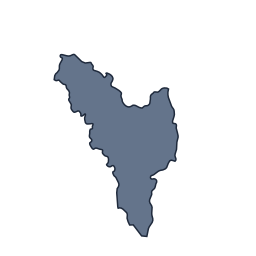 map outline of Timis (Natural Earth projection), rotated 234°
{"feature_id": "ROU-280", "entity_name": "Timis", "entity_type": "County", "adm_level": 1, "iso_a3": "ROU", "parent_name": "Romania", "parent_adm1": "", "projection": "natural_earth1", "projection_center": [21.523, 45.663], "detail": "fine", "context": "isolated", "style": "filled", "palette": "slate", "viewbox_px": 256, "rotation_deg": 234, "n_neighbors": 0, "source": "natural_earth", "source_scale": "10m", "svg_char_len": 4195}
<svg xmlns="http://www.w3.org/2000/svg" viewBox="0 0 256 256"><g transform="rotate(234 128 128)"><path d="M60.5,77.1L65.4,76.2L67.1,75.5L68.4,74.2L68.8,73.1L68.9,72.9L70.1,73.3L82.2,80.8L85.3,83.6L86.1,85.7L87.3,87.2L88.3,87.8L89.6,88.2L94.9,89.1L95.6,89.1L97.2,88.7L98.3,88.7L100.1,89.1L101.0,89.6L101.4,90.1L101.2,91.4L101.4,92.1L102.5,93.4L103.6,93.9L104.9,94.2L105.8,94.1L106.4,93.8L106.7,93.3L106.9,92.7L106.9,91.4L107.1,90.8L107.5,90.2L108.2,89.6L109.1,89.2L110.4,89.0L111.0,89.2L111.2,89.7L111.3,90.6L111.9,92.0L114.2,93.9L115.7,94.6L116.9,94.6L118.9,93.1L119.9,92.8L121.1,92.6L122.5,92.6L123.4,93.0L124.7,94.3L125.2,94.4L125.8,94.2L127.7,92.5L130.0,90.9L130.5,90.3L130.9,89.7L131.0,88.9L131.0,88.2L131.2,87.5L132.1,87.1L133.5,87.0L136.4,87.3L137.7,87.7L138.4,88.3L138.5,89.0L138.5,89.9L138.7,90.8L139.3,91.5L140.1,91.8L142.5,91.5L143.4,91.6L144.3,92.1L146.2,93.9L148.0,95.2L148.7,96.1L149.1,96.8L148.9,97.4L148.6,98.0L148.5,98.5L148.6,99.0L149.0,99.3L150.1,100.0L150.6,100.6L151.0,101.3L151.7,102.0L152.3,101.9L152.8,101.4L153.7,99.7L154.9,97.8L155.5,97.1L156.2,96.8L157.4,96.7L160.2,97.9L161.2,98.5L161.9,99.1L163.0,100.6L163.7,101.4L164.2,101.6L164.6,101.5L164.7,100.9L164.6,99.4L164.6,98.5L164.8,97.7L165.2,97.1L165.6,97.1L166.2,97.5L167.0,98.1L167.9,98.4L169.8,98.4L170.4,98.3L170.9,97.9L171.3,97.3L171.8,94.9L172.1,94.2L172.4,93.7L173.1,93.4L174.1,93.2L176.2,93.2L177.4,93.5L178.3,94.1L179.1,94.9L180.1,95.8L181.6,96.1L185.1,96.4L185.9,96.8L186.4,97.4L186.6,98.2L187.0,98.7L187.7,99.1L189.1,99.7L189.7,100.2L190.4,100.9L191.3,101.6L192.6,101.9L193.9,101.9L195.6,101.7L196.8,101.9L198.9,102.9L199.7,102.9L200.3,102.5L200.8,102.0L201.4,101.5L202.1,101.2L205.3,100.5L206.8,100.4L207.3,100.2L207.7,99.7L208.2,98.2L208.6,97.7L208.9,97.4L210.5,96.7L213.4,99.5L214.3,101.3L214.5,103.3L214.9,104.6L215.4,106.2L216.3,107.3L218.6,109.0L219.3,109.7L220.2,111.1L221.8,114.6L222.5,115.5L223.2,115.9L224.3,115.4L224.9,115.2L225.6,115.2L226.5,115.8L226.8,116.5L226.5,117.3L225.8,118.1L222.4,120.9L221.4,121.9L220.7,123.0L220.3,124.0L219.9,126.1L219.7,126.8L219.4,127.4L219.1,127.7L218.4,128.0L208.9,129.6L205.7,131.6L203.3,136.0L202.8,136.4L202.2,136.4L201.5,136.3L200.7,136.2L199.5,136.3L198.7,136.2L198.1,135.9L197.1,134.8L196.4,134.3L195.3,134.1L194.4,134.5L192.2,136.2L190.0,137.5L188.2,138.0L186.3,138.3L183.3,138.3L182.7,138.7L182.6,139.3L182.8,140.0L183.0,141.3L183.2,141.8L183.5,142.1L184.0,142.2L185.1,142.3L185.2,142.7L184.7,143.4L182.5,144.7L180.8,145.3L179.1,145.5L178.0,145.3L177.0,145.0L176.3,144.4L175.7,143.6L175.2,142.8L174.4,141.0L173.8,140.2L172.9,139.6L171.7,139.2L170.8,139.4L167.8,141.1L163.8,142.7L161.7,143.2L160.2,143.2L159.5,142.7L158.4,141.4L157.6,140.9L156.6,140.5L154.6,140.0L153.0,139.1L151.6,138.8L148.9,138.8L146.5,139.5L145.0,140.5L144.2,141.6L143.8,142.8L143.6,144.0L143.6,145.1L143.0,146.2L141.8,147.3L138.2,149.1L136.6,150.3L135.8,151.3L135.9,152.2L136.0,153.3L136.0,154.3L135.6,155.3L134.7,156.8L134.5,157.7L134.6,158.6L134.8,159.6L135.4,160.4L138.3,163.2L140.0,164.4L140.7,165.1L141.1,165.8L141.4,166.7L141.4,167.4L141.4,168.1L141.4,168.7L141.7,169.8L141.7,170.4L141.3,171.1L139.6,173.0L139.4,173.9L139.4,175.0L139.9,178.0L139.8,179.1L139.4,180.2L139.0,181.0L137.4,182.9L135.7,183.7L133.6,181.4L131.4,179.8L128.9,178.6L119.8,176.0L116.1,175.9L114.6,175.3L111.7,173.5L110.3,172.0L107.4,168.1L106.0,167.2L105.1,167.4L103.7,168.8L102.9,169.1L101.9,168.9L101.1,168.3L100.4,167.6L99.5,166.9L95.4,165.3L92.4,164.0L91.1,163.1L87.8,159.2L82.2,154.7L79.4,151.0L78.2,149.8L76.8,149.2L75.2,148.8L74.0,148.0L73.5,146.5L75.4,145.1L76.6,144.0L76.9,142.5L75.8,139.9L73.3,136.0L73.0,134.3L73.6,131.5L74.6,129.5L74.9,128.6L75.2,127.1L75.1,121.4L75.3,120.3L75.7,119.2L75.7,118.2L75.0,117.2L73.9,116.7L73.0,117.0L72.2,118.0L71.7,119.2L70.6,120.0L69.5,120.3L68.3,120.1L67.3,119.3L66.5,117.8L64.5,115.5L63.7,114.3L63.5,113.6L63.4,113.2L63.2,111.0L62.9,110.1L62.3,109.4L60.8,108.5L60.2,108.0L57.4,103.5L56.1,102.3L54.5,101.7L51.2,101.4L49.6,100.8L45.1,97.1L43.5,96.1L40.2,94.8L38.7,93.8L37.4,92.0L35.6,87.1L34.6,85.4L29.2,79.5L32.7,75.6L46.5,75.3L48.6,72.3L52.1,73.0L55.5,74.2L58.0,76.3L58.9,76.8L59.9,77.1L60.5,77.1Z" fill="#64748b" stroke="#1e293b" stroke-width="1.5"/></g></svg>